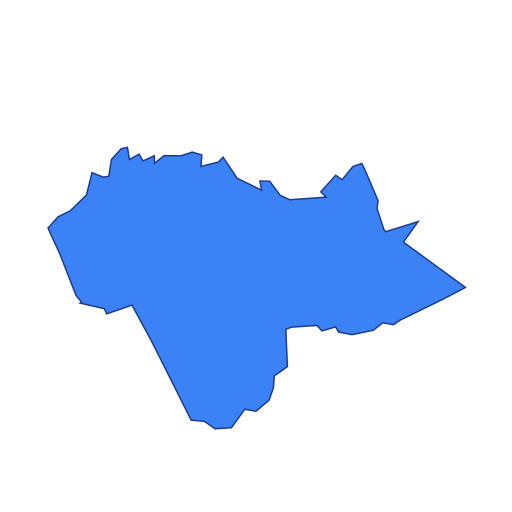 the district of Chalan Pago-Ordot, Guam, rotated 158°
{"feature_id": "77769853B20896286289421", "entity_name": "Chalan Pago-Ordot", "entity_type": "district", "adm_level": 2, "iso_a3": "GUM", "parent_name": "Guam", "parent_adm1": "", "projection": "mercator", "projection_center": [144.769, 13.441], "detail": "fine", "context": "isolated", "style": "filled", "palette": "blue", "viewbox_px": 512, "rotation_deg": 158, "n_neighbors": 0, "source": "geoboundaries", "source_scale": "gbopen_adm2", "svg_char_len": 1080}
<svg xmlns="http://www.w3.org/2000/svg" viewBox="0 0 512 512"><g transform="rotate(158 256 256)"><path d="M297.8,117.5L289.3,127.2L283.9,138.0L268.3,141.7L255.8,176.9L249.6,176.7L225.5,168.8L222.9,161.8L208.8,160.5L207.9,154.5L196.4,147.1L175.0,143.2L163.5,146.6L154.3,140.8L146.6,142.5L97.8,146.0L73.6,148.4L114.1,213.6L92.8,227.2L126.5,229.9L127.5,232.4L126.0,254.7L122.1,261.5L122.7,294.9L123.2,302.2L132.6,302.7L147.5,294.5L151.9,301.0L171.9,291.2L169.0,284.3L203.6,295.5L210.9,303.3L215.3,320.2L224.3,324.0L226.2,314.9L244.4,335.2L249.5,360.0L255.4,357.2L273.5,359.6L268.4,370.0L276.2,376.2L288.1,377.0L303.7,383.5L315.4,379.9L312.8,387.0L325.2,386.5L326.2,394.2L337.1,392.9L334.6,404.9L340.7,406.0L353.9,399.6L362.6,385.1L368.0,386.3L376.8,394.7L390.3,376.1L394.6,374.3L411.0,367.6L413.1,367.4L424.8,366.5L438.4,359.8L437.1,331.5L437.6,286.7L435.0,278.5L436.7,278.2L416.4,264.0L416.1,258.3L389.4,256.9L384.9,217.5L384.4,212.1L377.6,128.1L365.9,122.1L358.6,111.1L343.1,106.0L323.8,118.1L314.1,112.0L297.8,117.5Z" fill="#3b82f6" stroke="#1e3a8a" stroke-width="1.5"/></g></svg>